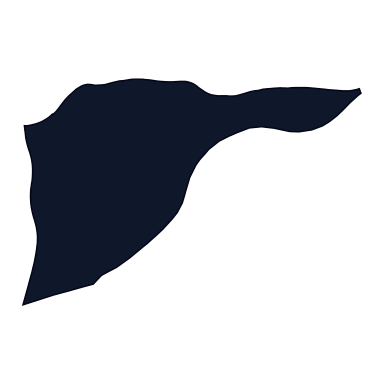 outline of Dordrecht, Zuid-Holland, Netherlands
{"feature_id": "6326949B98267604037576", "entity_name": "Dordrecht", "entity_type": "district", "adm_level": 2, "iso_a3": "NLD", "parent_name": "Netherlands", "parent_adm1": "Zuid-Holland", "projection": "albers", "projection_center": [4.731, 51.769], "detail": "fine", "context": "isolated", "style": "filled", "palette": "ink", "viewbox_px": 384, "rotation_deg": 0, "n_neighbors": 0, "source": "geoboundaries", "source_scale": "gbopen_adm2", "svg_char_len": 5331}
<svg xmlns="http://www.w3.org/2000/svg" viewBox="0 0 384 384"><path d="M23.0,304.8L38.6,299.8L43.8,298.1L52.0,295.5L54.0,294.8L54.7,294.7L71.1,290.2L83.2,286.8L93.3,284.1L94.6,282.6L101.4,275.4L108.2,271.7L116.4,267.4L126.6,260.1L129.8,257.8L143.2,246.7L147.1,243.6L151.6,239.5L156.5,235.1L162.7,229.3L167.0,224.6L171.9,219.3L177.2,212.6L182.3,202.9L184.8,194.4L185.7,191.0L189.7,177.5L193.6,169.7L195.7,165.4L199.7,159.7L201.9,157.2L204.4,154.5L208.7,149.4L219.0,141.2L229.6,135.8L230.5,135.5L237.1,132.6L249.3,127.9L261.6,126.7L266.6,127.3L271.9,127.9L273.8,128.1L282.2,129.9L289.8,131.5L292.6,131.6L299.0,131.8L311.6,129.9L314.1,129.0L322.4,125.9L327.0,123.1L329.1,121.8L331.2,120.2L336.2,116.3L336.9,115.7L339.9,112.9L344.0,108.9L350.0,102.7L353.8,99.3L357.6,95.8L361.0,93.2L360.4,91.8L359.3,88.7L358.0,89.1L357.4,89.3L356.9,89.4L356.4,89.6L356.0,89.7L355.3,89.8L354.4,90.0L353.6,90.2L352.8,90.3L352.2,90.4L351.4,90.6L350.9,90.6L350.3,90.7L349.9,90.8L349.4,90.8L348.9,90.9L348.5,90.9L347.8,90.9L347.1,90.9L346.5,90.9L345.8,90.9L345.2,90.9L343.8,90.9L343.3,90.9L342.7,90.8L342.0,90.8L341.3,90.7L340.9,90.7L340.3,90.6L339.8,90.6L339.1,90.6L337.5,90.4L335.6,90.3L334.3,90.2L333.2,90.1L332.2,90.0L331.2,90.0L330.6,89.9L329.9,89.9L329.7,89.9L329.3,89.8L328.8,89.8L328.1,89.7L327.3,89.6L325.7,89.4L325.2,89.4L324.8,89.3L324.6,89.3L323.9,89.2L323.1,89.1L322.3,89.1L321.8,89.0L320.5,88.9L320.0,88.8L319.4,88.8L318.8,88.7L318.3,88.7L317.4,88.6L316.7,88.5L315.9,88.4L315.2,88.4L314.5,88.3L313.9,88.2L313.7,88.2L312.8,88.2L311.2,88.0L309.9,87.9L308.6,87.8L308.4,87.8L308.1,87.7L307.2,87.7L305.2,87.6L302.7,87.6L297.6,87.6L292.3,87.7L287.8,88.2L285.6,88.1L283.8,88.0L282.5,88.0L282.0,88.0L280.6,87.9L280.1,87.9L279.0,88.0L278.5,88.0L273.7,88.3L269.2,88.7L267.4,88.8L263.6,89.2L263.0,89.2L259.5,90.2L257.2,90.6L255.8,90.7L253.0,91.1L251.9,91.4L251.3,91.5L250.3,91.7L248.0,92.4L244.8,93.4L241.4,94.4L238.5,95.2L238.3,95.3L237.7,95.4L236.0,95.8L234.1,96.0L232.3,96.1L231.0,96.1L230.5,96.2L229.1,96.1L228.6,96.0L227.2,95.9L226.9,95.9L226.7,95.9L226.4,95.8L225.3,95.8L223.7,95.8L223.2,95.8L222.8,95.8L222.3,95.8L221.7,95.8L221.4,95.8L221.1,95.8L219.9,95.9L219.2,95.9L218.6,95.8L218.0,95.8L217.5,95.8L217.2,95.8L216.9,95.7L216.5,95.7L216.1,95.6L215.7,95.6L215.3,95.5L214.9,95.4L214.4,95.4L214.0,95.3L213.5,95.2L213.0,95.1L212.6,95.1L212.2,95.0L211.9,95.0L211.2,94.8L210.4,94.5L210.2,94.5L210.0,94.4L208.7,93.9L208.1,93.6L207.8,93.5L206.6,92.9L206.3,92.7L204.4,91.7L202.5,90.3L200.7,89.1L198.8,87.8L197.0,86.3L196.6,86.0L196.1,85.6L195.8,85.4L195.6,85.2L195.3,85.0L195.1,84.9L194.8,84.7L194.6,84.6L194.3,84.4L193.9,84.2L193.6,84.0L193.3,83.8L193.0,83.7L192.8,83.6L192.3,83.4L191.8,83.2L191.4,83.0L190.9,82.8L190.4,82.7L190.0,82.5L189.5,82.4L189.2,82.3L188.7,82.1L188.2,82.0L187.6,81.9L187.3,81.8L186.9,81.7L186.4,81.6L185.6,81.5L185.2,81.5L184.7,81.4L183.7,81.4L183.4,81.4L182.6,81.4L181.7,81.4L181.1,81.4L180.4,81.4L180.2,81.4L179.9,81.4L179.7,81.4L179.4,81.5L179.1,81.5L178.5,81.5L177.8,81.6L177.0,81.6L176.4,81.6L175.8,81.7L174.8,81.7L174.2,81.8L173.5,81.8L172.8,81.9L171.6,81.9L171.0,81.9L168.3,81.9L162.9,81.6L159.9,81.4L158.4,81.2L156.2,81.0L154.6,80.7L152.5,80.4L150.6,80.1L148.8,79.9L146.8,79.7L145.0,79.6L143.4,79.4L143.1,79.3L142.8,79.3L142.2,79.3L136.7,79.2L134.6,79.2L133.0,79.3L132.5,79.3L131.6,79.4L130.5,79.5L129.8,79.6L128.6,79.8L127.6,80.0L124.9,80.4L124.1,80.6L123.2,80.7L121.8,80.8L120.4,80.9L119.2,81.0L116.4,81.7L115.4,81.9L112.8,82.5L109.9,83.3L109.6,83.3L109.0,83.5L108.4,83.7L107.8,83.9L107.4,84.0L107.0,84.1L106.2,84.3L105.4,84.5L104.9,84.6L104.6,84.7L104.2,84.7L103.6,84.8L102.4,84.9L102.0,85.0L101.5,85.0L101.1,85.0L100.5,85.0L99.3,85.1L98.3,85.1L97.8,85.2L97.4,85.2L97.1,85.2L96.8,85.2L96.3,85.3L96.1,85.3L95.8,85.3L95.6,85.3L95.3,85.3L95.1,85.3L94.8,85.2L94.5,85.2L94.3,85.2L94.0,85.1L93.6,85.0L93.2,85.0L92.9,84.9L92.5,84.9L92.1,84.8L91.7,84.7L91.4,84.7L91.0,84.6L90.7,84.6L90.4,84.5L90.0,84.5L89.7,84.5L89.4,84.5L89.2,84.5L88.9,84.4L87.3,84.4L85.6,84.7L83.4,85.3L81.6,86.0L80.4,86.7L76.4,89.1L72.3,92.8L68.9,95.8L65.3,99.6L64.2,101.0L62.8,102.8L62.3,103.5L61.9,104.0L61.4,104.6L59.4,107.3L58.4,108.6L57.7,109.5L57.3,110.1L57.0,110.4L56.0,111.6L55.6,112.0L54.9,112.7L54.5,113.0L54.1,113.4L53.7,113.7L52.6,114.6L52.3,114.2L50.6,115.8L48.3,117.7L46.2,119.1L44.3,120.2L41.9,121.6L38.4,123.0L35.8,123.9L32.9,124.6L30.5,125.2L27.0,125.8L24.4,125.7L24.8,129.5L25.2,132.1L25.6,136.0L25.9,138.5L26.3,140.3L26.8,142.6L26.9,143.0L27.7,146.1L28.5,148.8L29.9,152.8L30.5,155.0L31.0,156.8L31.6,159.5L31.7,159.9L32.3,164.2L32.4,165.1L32.5,166.3L32.5,167.1L32.6,168.2L32.6,169.9L32.6,171.8L32.6,172.7L32.6,173.7L32.5,174.5L32.5,175.4L32.5,176.3L32.4,177.0L32.4,177.6L32.2,179.8L31.9,182.1L31.7,183.1L31.6,183.4L31.4,185.3L30.9,188.6L30.8,189.0L30.8,189.3L30.8,189.5L30.8,190.2L30.7,190.5L30.6,192.2L30.6,193.0L30.5,197.0L30.5,197.5L30.8,202.5L30.9,203.4L31.1,205.4L31.2,205.7L31.2,205.9L31.3,206.8L31.4,207.6L31.8,209.4L32.2,211.6L33.2,215.7L34.6,220.3L35.7,224.3L35.8,224.8L36.1,226.0L36.4,227.3L37.2,232.4L37.5,236.4L37.5,237.0L37.5,238.6L37.5,239.9L37.4,241.7L37.4,243.1L37.1,245.0L36.8,247.8L36.8,248.1L36.1,252.7L35.3,257.3L34.1,263.4L33.0,267.7L32.5,269.9L31.9,272.4L31.7,273.2L31.0,275.6L30.3,278.2L28.3,285.7L27.8,287.6L27.4,289.0L26.0,294.0L24.5,299.5L23.0,304.8Z" fill="#0f172a" stroke="#020617" stroke-width="1.5"/></svg>